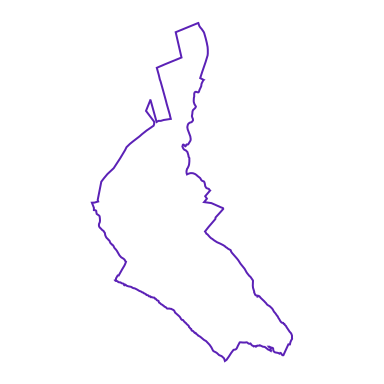 outline of Santa Cruz Tlaxcala, Tlaxcala, Mexico
{"feature_id": "50627088B88725263381209", "entity_name": "Santa Cruz Tlaxcala", "entity_type": "district", "adm_level": 2, "iso_a3": "MEX", "parent_name": "Mexico", "parent_adm1": "Tlaxcala", "projection": "equal_earth", "projection_center": [-98.126, 19.361], "detail": "fine", "context": "isolated", "style": "outline", "palette": "violet", "viewbox_px": 384, "rotation_deg": 0, "n_neighbors": 0, "source": "geoboundaries", "source_scale": "gbopen_adm2", "svg_char_len": 6016}
<svg xmlns="http://www.w3.org/2000/svg" viewBox="0 0 384 384"><path d="M126.5,147.2L125.2,149.9L120.1,158.4L113.7,168.2L107.4,174.1L103.9,178.3L101.3,181.7L97.7,200.0L98.2,201.5L94.4,202.6L91.9,202.7L93.9,207.8L93.9,210.1L95.6,210.3L96.2,210.9L96.4,212.6L96.7,213.9L97.8,214.7L98.6,215.2L99.4,215.9L99.7,216.8L99.9,218.6L100.0,220.6L99.9,221.4L99.8,222.1L99.0,224.0L98.9,225.2L99.1,226.4L99.4,227.0L100.0,227.8L100.6,228.3L102.3,230.1L103.5,230.9L104.1,231.9L104.8,232.8L105.3,235.4L106.2,237.3L106.8,238.1L107.6,238.8L108.6,240.0L109.1,240.3L109.6,241.0L109.8,241.7L110.5,243.1L110.8,243.5L111.5,243.9L111.9,244.6L112.8,245.1L113.4,245.8L114.0,247.1L114.7,248.3L115.8,249.4L116.9,250.9L119.5,255.4L121.2,257.3L123.5,258.7L124.6,259.7L125.3,261.1L126.0,261.7L125.2,263.9L124.4,265.6L122.0,269.6L118.7,275.5L117.8,275.4L117.6,275.6L116.0,278.4L115.9,280.0L115.1,280.3L115.6,280.9L116.1,280.9L117.1,281.1L117.8,281.5L118.2,282.0L119.0,282.3L120.0,282.3L120.7,282.5L121.5,283.2L123.5,283.7L123.9,284.2L124.2,285.2L124.4,285.3L124.6,285.2L125.1,284.6L125.5,284.7L125.9,285.0L126.1,285.4L126.6,285.7L128.3,286.3L130.9,286.8L131.8,287.2L132.3,287.7L133.6,288.2L134.6,288.3L137.0,289.5L139.5,291.0L140.8,291.4L142.3,292.4L142.8,292.4L143.6,292.9L143.9,293.3L144.6,293.5L146.0,294.3L146.4,294.6L146.5,295.0L148.0,295.3L148.5,295.6L148.8,296.2L149.2,296.4L150.4,296.4L150.7,296.7L150.7,297.0L150.9,297.2L151.6,297.1L153.3,297.6L154.2,297.6L154.6,297.9L154.8,298.2L154.9,298.6L155.8,298.9L156.9,300.2L158.5,300.9L158.7,301.5L159.0,302.5L160.1,303.2L161.1,304.2L162.5,304.9L162.9,305.4L163.7,305.8L164.5,306.7L165.4,307.0L166.0,307.4L166.8,308.3L167.2,308.6L168.7,308.6L169.1,308.5L170.2,308.8L170.8,308.8L171.3,308.9L172.5,309.6L173.3,309.9L173.8,310.3L174.3,310.9L174.7,311.6L175.0,312.5L179.6,316.6L180.5,317.9L180.9,318.8L181.8,319.8L182.2,319.9L182.6,319.9L183.2,320.2L184.0,321.4L184.9,322.2L185.4,322.8L186.0,323.1L186.6,324.0L187.9,325.1L188.7,325.9L188.9,326.4L189.0,327.0L189.9,327.8L190.3,328.5L191.2,329.0L191.6,330.4L191.8,330.6L192.8,330.9L193.5,331.5L194.7,332.9L195.4,332.8L195.6,332.9L195.9,333.2L196.2,333.9L197.6,334.8L197.9,335.4L200.2,336.7L204.0,339.9L206.1,341.1L209.6,344.8L211.4,347.4L213.0,350.6L213.6,351.2L215.8,352.3L217.0,353.1L219.1,355.1L221.6,356.1L223.8,358.1L224.1,358.5L224.9,361.0L226.5,359.9L228.9,356.5L231.2,352.9L233.4,350.0L233.7,349.8L235.0,349.6L235.6,349.4L235.9,349.2L236.4,348.8L236.9,348.0L237.9,345.8L239.7,342.4L240.5,342.3L242.7,342.5L245.4,342.5L246.3,342.3L247.2,342.5L248.4,343.5L248.9,343.7L249.5,343.8L250.5,343.5L251.5,344.9L252.2,345.5L253.0,345.8L253.7,346.4L254.2,346.1L255.0,346.1L255.7,346.6L255.9,346.7L257.0,346.0L256.8,345.8L257.5,345.6L259.7,345.6L259.9,345.3L262.9,346.7L264.7,346.9L265.7,347.6L268.2,349.6L269.4,350.0L270.9,351.0L271.0,350.7L270.6,350.2L270.5,349.9L270.9,348.8L270.8,348.3L270.4,347.8L269.2,347.2L268.8,346.7L269.4,346.7L270.7,347.4L272.6,347.9L273.1,348.4L273.3,350.2L273.6,351.1L274.3,351.9L275.1,352.4L278.0,352.9L279.6,353.7L280.0,353.4L280.3,352.9L280.9,353.1L282.2,355.0L282.9,355.3L283.4,355.2L288.4,344.3L289.2,344.3L289.8,344.5L290.0,344.2L290.3,342.5L291.2,340.3L292.0,339.1L292.1,338.6L291.9,337.9L292.0,337.6L292.0,335.6L291.2,333.5L290.3,332.4L289.7,331.8L286.4,326.9L286.3,326.5L285.8,325.8L285.1,325.2L284.7,324.7L284.4,324.0L283.9,324.0L283.6,323.7L283.2,322.9L281.9,322.7L281.4,322.4L280.4,321.2L279.1,318.9L278.5,318.1L277.6,316.2L277.1,315.8L275.4,313.3L274.0,311.7L273.6,311.0L272.7,309.3L271.8,308.2L269.7,306.2L268.1,305.3L267.0,304.5L266.0,303.1L264.9,302.0L264.3,301.3L260.8,298.0L259.6,296.5L258.7,295.9L258.3,295.8L258.0,296.0L257.6,296.7L257.4,296.7L257.2,295.8L257.0,295.5L256.0,295.4L255.2,294.8L254.1,292.2L254.2,291.6L254.0,291.0L253.0,287.7L252.8,285.7L252.9,282.7L253.0,280.8L252.9,280.4L250.8,277.3L250.1,276.5L249.3,275.9L247.0,273.0L246.3,271.9L246.0,271.3L244.6,268.8L240.5,263.7L238.4,260.4L237.0,258.6L232.0,252.9L231.0,251.4L230.9,250.7L230.5,250.0L229.6,249.6L227.7,248.5L227.1,247.9L225.6,247.0L225.0,246.3L223.3,245.2L220.4,243.7L217.0,242.2L213.9,240.2L212.3,238.9L211.2,238.3L209.7,236.9L207.5,234.4L206.4,233.7L205.5,232.1L205.0,231.5L208.7,226.8L215.3,219.1L215.4,218.8L215.5,217.7L215.7,217.3L219.1,213.6L223.2,209.0L223.1,208.3L222.8,208.0L220.9,207.3L211.4,203.1L204.1,202.1L206.9,198.7L205.2,196.2L210.1,190.5L209.6,190.1L208.8,188.9L206.7,188.2L206.1,187.7L205.2,186.1L204.9,184.1L204.4,182.2L203.8,181.4L202.3,180.9L201.4,180.2L200.2,178.1L197.3,175.8L196.5,175.0L195.0,174.0L193.2,173.3L191.7,173.1L190.7,173.1L189.4,173.4L187.8,174.0L187.0,174.4L186.6,173.2L186.5,171.9L186.5,171.1L187.0,169.0L187.7,168.0L188.3,166.7L188.8,165.5L189.1,164.2L189.3,162.1L189.4,160.8L189.3,159.9L189.4,158.8L189.3,157.9L188.6,156.8L188.4,155.3L187.4,152.0L185.7,150.3L184.6,149.9L183.8,149.3L182.9,147.8L182.4,146.4L182.6,146.0L182.7,145.2L183.0,144.7L183.6,144.6L185.3,146.3L185.8,146.0L186.1,145.1L186.5,144.6L186.8,144.4L187.7,144.6L188.4,144.0L190.5,140.5L190.7,139.1L190.3,136.4L187.7,129.4L187.3,127.1L187.8,124.9L188.4,123.7L189.7,122.7L191.1,122.3L192.1,121.7L193.0,120.3L192.9,119.0L192.3,117.5L191.9,116.1L192.3,113.9L192.5,111.5L193.0,110.1L195.2,108.0L195.9,106.7L195.5,105.8L194.5,104.3L193.8,102.1L193.7,100.9L193.8,99.0L193.9,97.7L194.2,96.6L194.2,93.8L194.6,92.5L195.3,91.9L196.1,91.8L198.1,92.4L198.6,92.2L199.0,91.5L199.6,89.7L201.2,86.3L201.5,84.0L201.7,83.4L203.3,80.2L203.7,79.9L200.2,78.1L202.1,72.2L205.6,62.0L207.6,55.4L207.8,53.5L207.8,49.9L207.6,47.0L206.7,42.4L205.6,38.0L204.6,34.5L204.1,32.8L203.6,31.8L201.5,28.8L200.5,27.7L199.5,26.3L198.9,24.8L198.3,23.0L197.9,23.1L175.7,32.2L181.5,57.5L164.7,64.4L156.8,67.8L158.8,75.0L159.9,79.7L160.5,81.2L163.1,90.5L165.9,100.7L166.7,103.9L169.8,114.7L170.1,116.2L170.8,118.9L163.7,120.0L160.7,120.9L158.4,120.9L156.6,122.0L150.6,100.3L150.3,100.2L146.0,110.9L153.7,121.1L154.2,122.0L154.1,124.3L153.6,125.7L146.5,130.6L142.1,134.1L139.5,136.4L133.0,141.4L129.9,143.9L126.5,147.2Z" fill="none" stroke="#5b21b6" stroke-width="2"/></svg>